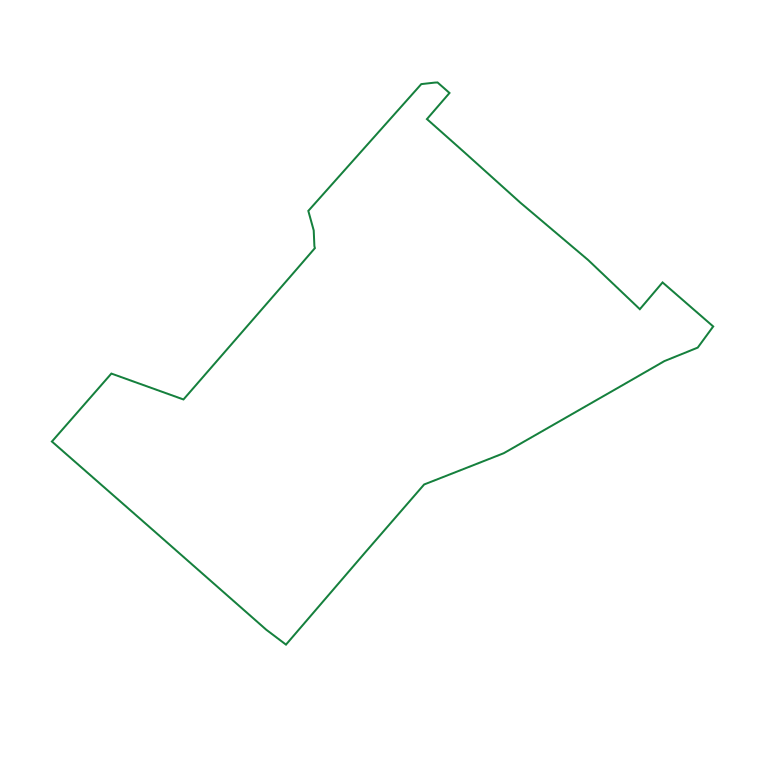 the district of Valencia, New Mexico, United States of America, rotated 311°
{"feature_id": "52423323B5948069523635", "entity_name": "Valencia", "entity_type": "district", "adm_level": 2, "iso_a3": "USA", "parent_name": "United States of America", "parent_adm1": "New Mexico", "projection": "natural_earth1", "projection_center": [-106.706, 34.697], "detail": "fine", "context": "isolated", "style": "outline", "palette": "green", "viewbox_px": 768, "rotation_deg": 311, "n_neighbors": 0, "source": "geoboundaries", "source_scale": "gbopen_adm2", "svg_char_len": 550}
<svg xmlns="http://www.w3.org/2000/svg" viewBox="0 0 768 768"><g transform="rotate(311 384 384)"><path d="M646.6,242.5L646.7,226.6L644.8,224.6L634.8,215.4L465.0,213.3L453.8,230.2L442.4,241.0L441.2,242.7L411.8,242.8L240.8,242.8L240.4,241.9L213.0,171.4L122.7,171.1L122.2,302.5L121.3,456.4L123.0,481.0L243.5,480.3L334.5,480.2L390.8,509.6L407.1,518.1L410.4,519.8L545.4,566.8L585.3,580.6L617.3,596.9L643.4,594.7L643.4,527.6L608.3,528.0L611.5,456.7L610.3,367.9L611.6,291.4L612.1,242.6L646.6,242.5Z" fill="none" stroke="#15803d" stroke-width="2"/></g></svg>